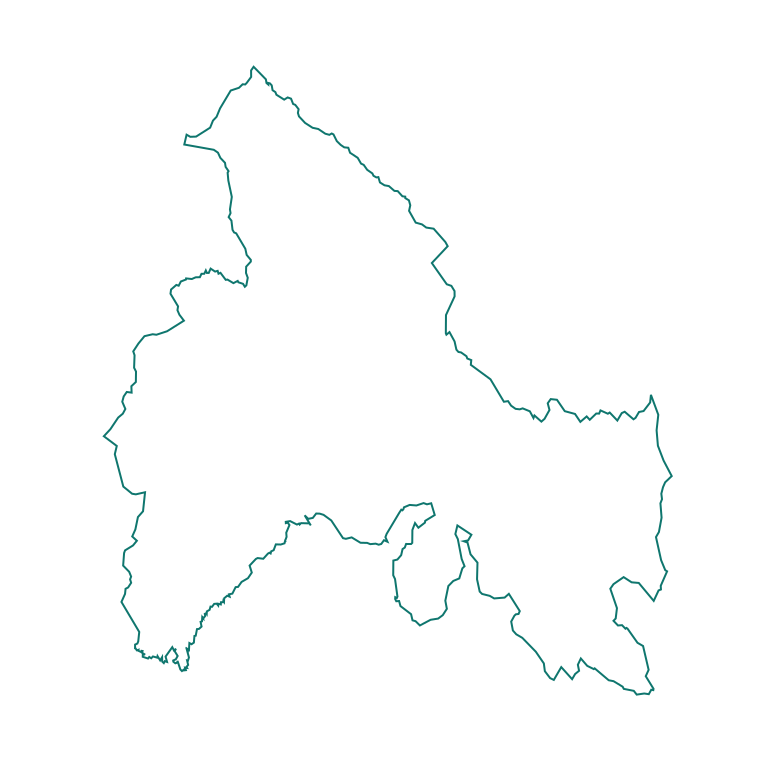 outline of Buncrana Lea-5, Donegal, Ireland, rotated 267°
{"feature_id": "5873133B98241361012994", "entity_name": "Buncrana Lea-5", "entity_type": "district", "adm_level": 2, "iso_a3": "IRL", "parent_name": "Ireland", "parent_adm1": "Donegal", "projection": "equal_earth", "projection_center": [-7.424, 55.085], "detail": "fine", "context": "isolated", "style": "outline", "palette": "teal", "viewbox_px": 768, "rotation_deg": 267, "n_neighbors": 0, "source": "geoboundaries", "source_scale": "gbopen_adm2", "svg_char_len": 6140}
<svg xmlns="http://www.w3.org/2000/svg" viewBox="0 0 768 768"><g transform="rotate(267 384 384)"><path d="M277.0,666.5L292.9,659.2L308.0,654.3L323.5,653.8L338.9,656.3L359.2,650.0L351.6,648.8L343.4,641.8L342.7,637.2L337.0,633.4L335.7,631.3L343.7,622.9L342.5,619.9L335.3,615.1L343.7,607.9L342.6,606.0L346.3,598.8L343.2,597.3L343.4,594.4L337.5,587.6L341.0,584.7L335.9,578.1L344.1,573.2L347.4,563.1L359.2,555.9L360.2,549.7L356.2,546.5L349.4,547.9L340.8,542.5L338.2,539.2L344.7,532.6L342.2,531.5L349.1,528.2L352.4,521.2L351.6,518.2L352.3,514.1L355.7,509.8L360.4,507.0L360.0,502.8L383.1,490.6L398.6,471.7L403.3,472.4L405.1,468.5L407.4,467.8L411.5,462.6L412.1,460.0L414.5,458.1L422.8,456.7L432.4,452.1L430.0,448.9L431.4,448.4L449.6,449.5L467.8,459.1L473.1,459.3L478.5,456.4L480.3,451.9L502.3,438.1L518.3,454.8L522.6,452.7L536.5,441.7L538.0,434.4L541.4,430.3L543.5,424.1L555.6,418.1L561.1,419.6L566.1,418.5L568.5,415.0L570.0,415.0L570.5,412.2L575.9,407.8L576.3,404.5L581.4,399.2L582.4,394.9L585.5,390.5L590.9,389.2L590.7,387.2L592.5,384.4L594.9,383.4L598.8,378.4L603.9,375.2L605.3,372.6L611.2,369.6L616.7,362.2L621.8,360.7L622.4,356.7L625.0,353.3L629.0,349.6L635.9,346.6L636.9,344.9L635.7,342.5L637.0,338.5L642.1,331.7L643.6,326.1L648.8,318.9L655.7,313.1L659.2,312.2L662.9,313.1L667.4,310.0L668.4,307.9L673.8,306.1L675.2,302.8L673.2,299.2L678.5,291.7L681.2,290.8L683.2,288.1L688.1,287.5L690.2,285.8L690.7,284.1L689.1,284.1L690.7,282.4L694.4,282.0L707.6,270.4L704.1,267.7L697.6,267.4L691.9,262.7L690.4,261.1L690.7,258.5L687.4,254.7L685.1,246.3L667.8,234.7L659.6,230.8L656.0,227.0L649.1,223.8L640.9,209.3L641.0,203.5L643.3,199.9L633.6,197.1L626.8,226.3L623.7,230.3L618.4,232.4L613.2,236.8L609.1,237.2L604.7,239.9L603.2,238.9L595.3,239.2L578.8,241.8L566.4,239.3L562.7,239.7L558.8,237.6L555.1,240.2L545.9,240.8L543.2,242.2L542.2,244.3L526.3,252.6L520.1,253.6L514.9,257.5L513.2,257.4L508.4,252.5L502.1,252.0L497.2,253.5L489.7,251.7L488.4,250.1L491.4,248.5L493.2,243.9L494.6,243.3L492.6,238.9L496.5,233.1L496.3,231.4L503.6,226.5L502.8,224.5L505.7,223.8L505.1,221.2L508.3,216.9L504.1,214.8L504.2,212.9L506.7,212.0L503.5,210.3L503.6,207.5L500.3,205.7L500.4,201.5L498.9,197.6L499.8,191.9L498.7,191.7L497.0,186.5L492.9,184.1L493.8,181.8L489.5,176.3L485.3,175.5L472.3,182.4L468.5,181.6L463.9,183.3L457.7,187.5L448.0,170.1L445.1,159.3L445.8,155.6L444.3,147.3L437.3,140.9L429.7,135.3L425.8,136.4L413.3,135.3L409.4,137.0L399.0,136.3L395.0,131.6L388.6,131.5L389.5,126.7L385.2,123.4L380.0,121.7L372.6,124.4L368.0,121.6L364.4,116.8L353.2,108.4L346.5,101.5L336.1,113.9L328.0,111.5L295.2,118.3L287.6,126.7L286.8,130.4L288.4,139.7L269.5,136.7L264.0,131.3L251.8,128.1L244.9,124.6L240.4,129.0L235.9,124.9L231.4,116.7L228.8,115.6L216.3,114.0L209.8,119.7L204.9,121.4L202.2,120.2L198.7,121.1L194.2,117.8L193.0,115.2L187.9,114.4L180.1,110.4L149.2,126.6L139.8,125.1L137.7,124.1L136.8,121.8L132.3,121.5L133.1,122.0L131.0,123.2L131.4,124.8L130.6,124.5L128.9,127.7L130.2,128.0L130.0,128.9L128.3,128.3L126.2,131.3L126.9,129.0L124.2,128.8L122.2,134.0L123.7,135.3L122.3,137.2L124.0,139.0L122.6,143.2L124.1,143.6L119.7,146.0L122.8,148.1L118.4,148.0L116.8,149.5L118.7,150.6L117.8,152.8L123.2,151.6L132.3,158.8L128.9,160.3L130.5,162.4L128.1,161.0L123.2,163.7L120.0,161.7L118.9,159.0L117.7,159.1L116.0,161.0L116.6,163.0L118.3,163.3L109.6,165.7L107.9,167.2L109.9,170.1L108.5,169.6L108.6,171.2L111.2,170.5L110.8,172.4L111.8,171.9L113.7,173.7L118.2,172.9L117.9,173.7L121.1,174.9L129.1,173.2L128.5,173.9L129.8,173.7L128.6,175.3L135.5,176.1L134.2,178.2L135.7,180.6L142.3,181.5L142.5,182.8L149.0,184.4L149.1,186.4L151.3,189.1L156.1,188.4L156.5,189.8L159.9,190.2L159.1,191.1L160.3,190.9L159.6,191.5L161.7,193.3L163.8,193.0L164.4,194.3L163.5,194.9L166.2,195.2L167.6,198.0L170.8,199.1L170.5,200.6L173.3,202.9L173.4,205.4L171.5,206.8L173.2,207.0L172.4,209.5L174.6,209.7L174.5,211.9L175.8,212.2L174.8,212.8L178.4,213.2L180.8,216.4L179.7,218.7L182.1,218.2L182.6,221.6L188.9,225.2L189.0,227.6L193.8,231.4L197.2,238.0L202.6,242.1L209.7,240.3L216.0,246.9L216.8,248.7L215.8,254.3L220.7,259.2L221.5,260.8L220.7,261.9L222.8,262.6L223.8,265.1L229.5,267.6L229.1,272.5L230.1,276.3L232.1,276.9L231.1,277.7L232.3,276.9L236.4,278.7L240.6,278.6L248.1,282.2L250.6,280.6L250.2,278.7L251.5,278.7L252.0,283.1L248.2,289.7L249.1,291.9L248.1,292.4L249.4,293.9L248.7,302.2L246.6,303.5L257.0,297.9L253.3,301.3L254.0,305.9L258.2,309.5L257.9,313.0L256.5,316.8L250.5,324.2L232.2,335.0L231.4,337.8L232.5,343.7L226.7,352.2L226.2,358.9L224.8,361.9L225.0,367.3L223.8,370.3L224.4,372.9L228.0,375.8L226.3,379.2L231.0,377.4L234.2,378.8L254.6,392.5L257.6,394.7L256.9,395.8L257.9,396.8L259.8,397.5L261.9,403.3L261.0,410.0L263.0,417.3L261.6,420.6L262.4,424.9L250.5,427.8L245.2,418.0L243.4,417.6L238.7,410.8L243.5,407.7L236.7,404.7L223.9,403.9L222.8,402.7L223.1,397.7L219.6,396.2L218.2,393.9L212.2,392.2L208.0,388.2L207.2,384.1L192.5,383.2L188.7,384.8L171.0,386.3L169.6,385.6L170.5,384.1L168.7,383.9L166.4,384.9L166.5,387.7L161.4,388.8L152.7,399.0L146.5,400.1L145.5,403.1L141.0,407.2L146.1,418.2L146.9,425.8L150.1,430.6L156.2,435.0L164.4,433.9L178.9,437.7L183.7,442.9L185.9,449.0L195.8,452.6L197.8,454.9L205.2,452.4L225.3,449.6L230.4,447.4L238.9,449.9L228.9,463.4L223.4,459.8L222.8,455.5L221.3,459.1L209.4,461.5L200.7,468.0L184.1,466.7L171.7,468.7L169.2,471.0L166.9,478.5L164.1,482.8L164.4,493.3L167.9,497.7L150.1,507.7L147.3,506.3L147.1,503.6L145.8,502.1L140.1,498.6L131.1,499.8L127.1,503.0L123.3,508.8L108.7,521.6L96.6,529.0L88.8,529.6L81.6,534.5L79.6,538.1L92.0,546.2L79.4,556.4L84.4,559.7L87.4,563.8L93.5,562.9L99.6,566.2L91.9,572.2L88.3,578.6L89.0,579.5L76.4,592.9L75.2,597.7L69.2,606.5L67.0,607.5L64.5,617.4L60.6,620.1L61.3,627.7L60.4,632.2L64.7,634.9L64.2,636.9L65.5,637.2L78.5,630.1L84.7,633.3L108.8,629.0L112.3,623.6L126.9,614.4L127.7,613.4L127.0,612.3L130.7,609.1L130.6,605.0L135.5,600.8L137.7,603.1L148.0,604.9L167.7,599.3L172.1,602.7L178.6,613.2L173.0,620.9L172.0,628.0L153.3,642.0L163.5,647.4L164.3,649.8L168.0,649.8L182.1,656.9L183.4,655.1L193.6,651.5L216.9,647.6L221.8,650.8L236.0,654.2L250.4,653.8L254.4,655.6L259.9,655.2L266.3,657.2L271.1,659.6L277.0,666.5Z" fill="none" stroke="#0f766e" stroke-width="2"/></g></svg>